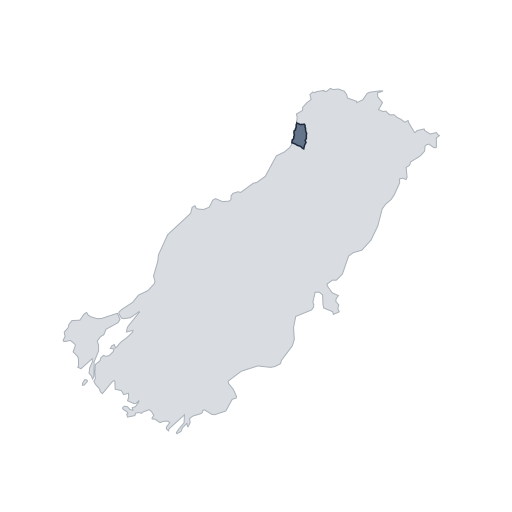 Rize on a map of Turkey (Albers equal-area conic projection), rotated 310°
{"feature_id": "TUR-2301", "entity_name": "Rize", "entity_type": "Province", "adm_level": 1, "iso_a3": "TUR", "parent_name": "Turkey", "parent_adm1": "", "projection": "albers", "projection_center": [40.921, 40.922], "detail": "fine", "context": "in_parent", "style": "filled", "palette": "slate", "viewbox_px": 512, "rotation_deg": 310, "n_neighbors": 0, "source": "natural_earth", "source_scale": "10m", "svg_char_len": 4475}
<svg xmlns="http://www.w3.org/2000/svg" viewBox="0 0 512 512"><g transform="rotate(310 256 256)"><path d="M390.7,195.7L397.5,198.1L399.7,196.2L405.8,196.4L411.3,197.6L414.3,193.6L418.1,194.0L418.9,196.0L420.8,196.7L426.6,201.7L425.9,202.3L427.4,204.2L432.3,205.3L432.9,207.9L436.8,211.7L439.0,217.6L437.9,221.8L435.8,224.5L439.2,233.5L438.3,234.7L444.4,237.4L452.0,236.6L454.5,237.8L462.1,244.7L464.1,247.3L458.9,244.2L456.1,247.2L454.9,254.3L446.9,255.8L448.3,260.4L450.5,262.4L450.0,266.7L450.6,268.4L453.0,271.1L452.8,275.0L453.9,279.1L454.1,284.0L457.5,285.4L456.1,287.7L452.6,297.8L452.9,298.6L455.5,298.7L461.4,303.1L460.5,304.6L461.4,311.0L466.6,314.9L465.9,317.0L466.1,319.1L462.4,318.3L455.2,324.3L454.4,324.2L453.3,322.3L452.9,316.6L451.1,315.2L448.7,314.9L444.8,317.7L441.1,317.7L437.4,317.3L427.7,314.0L424.1,315.3L420.4,314.1L413.3,321.2L411.0,321.8L409.9,318.3L407.4,316.4L404.2,319.1L391.7,322.6L386.0,323.2L379.0,322.0L373.2,322.4L357.3,330.0L342.0,333.9L328.4,333.3L321.1,328.3L315.4,327.0L297.7,333.8L289.2,333.1L286.5,330.0L280.0,328.4L278.5,331.2L276.8,338.1L278.7,344.6L275.0,344.8L272.6,346.1L271.7,350.9L268.2,352.6L266.9,355.5L266.3,355.5L261.0,352.8L262.6,350.5L259.7,341.4L261.6,338.8L269.0,332.0L269.0,327.7L266.2,324.6L257.0,329.4L256.0,331.4L253.9,332.9L250.5,333.3L235.2,325.3L225.4,330.7L216.8,338.9L210.5,341.6L192.6,342.5L189.3,344.0L183.4,341.5L180.1,338.8L172.9,328.0L158.3,318.8L142.3,315.1L140.7,316.9L139.2,324.6L135.8,331.5L134.3,332.1L131.0,329.9L117.9,332.5L107.9,326.4L106.3,324.1L105.0,315.4L103.6,314.5L101.7,315.5L99.9,315.2L92.8,310.5L88.8,309.6L85.8,312.8L81.5,313.7L81.6,312.7L83.5,310.6L77.1,310.1L73.4,311.3L69.0,309.6L69.4,308.6L73.3,308.1L82.0,308.1L88.3,303.3L67.9,300.5L65.8,301.4L66.0,298.5L67.3,297.3L72.8,297.1L72.8,294.6L70.0,291.5L66.7,289.6L66.0,283.3L64.5,281.4L64.8,280.6L68.3,280.1L69.7,275.8L69.6,273.0L63.5,269.5L62.0,269.5L60.8,266.9L58.3,264.8L55.9,265.8L50.0,261.1L51.6,258.7L53.2,259.0L53.8,257.0L53.1,253.4L53.6,251.6L55.0,251.4L56.6,252.0L57.9,254.3L57.4,258.2L58.8,260.9L60.3,258.7L63.1,260.5L68.6,260.1L69.7,259.3L65.9,258.8L64.6,257.6L62.5,250.6L66.0,249.3L68.8,246.5L64.8,243.7L66.3,239.4L63.4,233.8L69.4,228.3L69.3,227.3L67.8,226.7L51.8,226.8L52.0,223.9L53.6,221.6L54.5,215.5L55.8,212.3L58.8,211.8L63.1,207.5L69.7,202.7L75.6,203.8L78.2,202.6L81.8,203.0L82.5,205.4L85.3,207.5L90.8,208.1L93.6,207.0L91.5,203.8L94.7,203.3L97.1,204.4L95.3,207.3L96.0,207.7L103.2,207.8L110.5,209.6L118.7,210.4L119.9,209.5L114.5,205.6L118.6,203.4L120.7,203.1L138.1,202.8L138.3,202.2L128.0,199.5L123.1,195.1L121.9,192.9L123.6,188.2L124.9,187.1L128.7,187.5L141.2,191.3L150.5,191.1L160.1,195.5L169.7,195.9L171.8,194.7L174.7,190.4L188.9,184.1L194.0,180.6L215.6,174.6L246.6,178.5L252.3,175.8L255.3,177.0L254.3,179.0L254.4,180.9L257.8,185.8L263.2,188.8L271.1,187.0L273.9,188.1L276.2,195.6L280.8,200.2L283.1,200.6L286.1,198.2L289.0,198.0L293.5,200.8L294.9,203.4L309.9,207.1L313.0,209.4L323.1,211.9L345.8,207.2L354.0,210.9L360.9,212.1L363.9,211.6L373.1,207.5L375.9,205.1L381.6,203.1L388.7,198.4L390.7,195.7ZM103.9,162.5L102.8,165.7L103.6,169.4L106.0,174.8L108.8,177.8L123.0,186.6L120.0,192.6L116.1,193.1L103.5,188.2L97.9,190.0L94.2,188.7L88.7,189.1L86.6,192.6L82.2,196.4L70.9,200.0L59.6,209.1L56.7,210.0L58.5,206.6L58.9,203.4L63.7,200.4L70.0,198.6L72.0,196.5L57.1,194.4L56.3,190.9L57.9,190.6L63.6,185.6L64.5,183.3L65.0,177.5L71.3,175.2L72.0,174.0L72.0,168.2L67.0,164.0L67.4,162.4L71.6,161.5L74.4,158.0L80.2,158.2L83.2,156.7L88.2,156.5L93.6,162.3L101.1,161.6L103.9,162.5ZM51.9,207.4L46.8,207.4L45.4,206.2L47.3,204.8L51.3,204.3L52.3,206.2L51.9,207.4Z" fill="#d9dde1" stroke="#a8b0b8" stroke-width="1"/><path d="M365.8,210.7L368.2,209.1L369.0,209.4L369.6,209.5L370.2,209.3L370.9,208.9L371.7,208.2L372.0,208.1L372.7,208.0L373.0,207.9L373.3,207.7L374.6,206.0L376.1,204.9L376.3,204.8L376.6,204.8L377.6,205.2L378.1,205.1L378.9,204.5L379.3,204.4L379.7,204.3L380.2,204.1L380.7,203.9L381.1,203.6L382.0,202.7L382.4,202.4L383.0,202.2L383.5,202.2L383.9,202.1L384.1,201.9L384.1,202.0L384.7,203.5L384.9,204.6L385.3,205.6L385.7,206.0L386.2,206.3L386.4,206.7L386.6,207.2L387.5,207.7L388.1,208.4L387.6,209.7L386.4,210.5L386.1,211.1L385.9,211.7L385.4,212.1L384.9,212.4L382.9,214.8L382.6,215.9L380.9,216.9L378.6,218.9L377.7,219.2L376.7,219.2L375.9,219.5L375.3,221.2L374.0,221.6L373.1,221.7L372.2,221.9L368.7,223.7L368.4,221.8L368.7,219.9L367.3,216.4L367.1,214.4L366.5,212.5L365.8,210.7Z" fill="#64748b" stroke="#1e293b" stroke-width="1.5"/></g></svg>